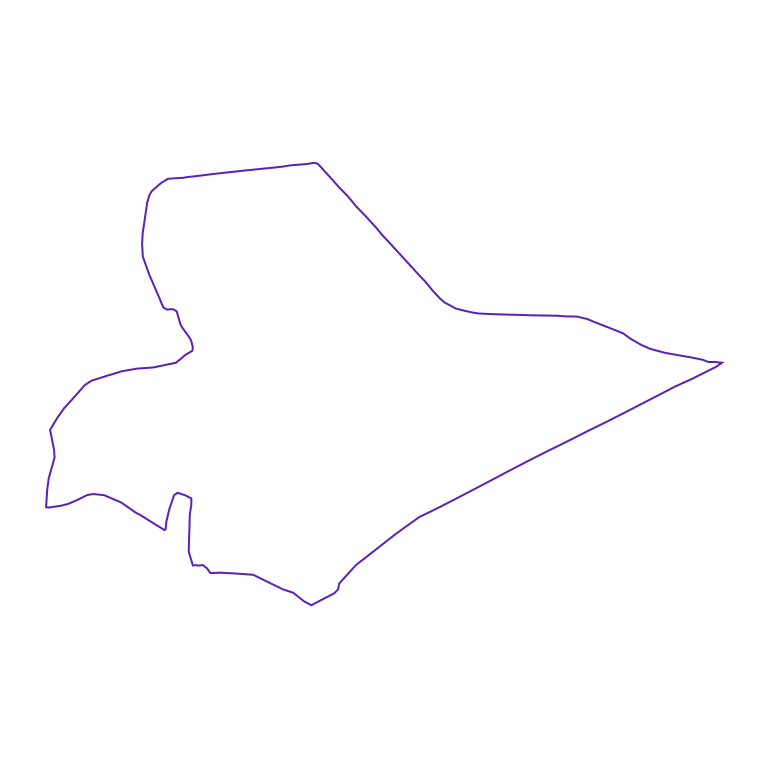 the district of Shahba, As Suwayda', Syria
{"feature_id": "27442178B615257865565", "entity_name": "Shahba", "entity_type": "district", "adm_level": 2, "iso_a3": "SYR", "parent_name": "Syria", "parent_adm1": "As Suwayda'", "projection": "equal_earth", "projection_center": [36.676, 32.985], "detail": "fine", "context": "isolated", "style": "outline", "palette": "violet", "viewbox_px": 768, "rotation_deg": 0, "n_neighbors": 0, "source": "geoboundaries", "source_scale": "gbopen_adm2", "svg_char_len": 2557}
<svg xmlns="http://www.w3.org/2000/svg" viewBox="0 0 768 768"><path d="M206.6,174.8L201.5,175.5L187.2,177.1L182.5,177.9L181.7,177.9L180.7,177.9L167.9,178.8L160.8,183.2L151.8,191.1L149.4,195.1L147.2,202.7L142.7,233.3L142.1,244.0L142.8,256.0L142.9,256.8L146.2,266.1L149.5,275.3L149.9,276.2L151.5,279.8L158.3,295.5L163.2,307.2L163.6,307.7L167.2,309.6L170.7,309.2L173.6,309.4L176.7,311.4L179.7,321.7L180.3,323.9L182.1,327.4L189.1,337.0L191.0,340.3L191.9,343.4L192.8,347.6L192.6,349.2L192.4,350.7L188.6,353.0L184.9,355.2L181.1,358.6L176.0,362.7L155.0,367.1L154.4,367.2L154.2,367.3L153.9,367.4L153.6,367.4L150.2,367.7L137.0,368.6L121.7,371.3L109.8,375.0L108.9,375.2L107.2,375.7L105.9,376.1L104.3,376.7L104.2,376.7L103.9,376.8L91.7,380.6L85.0,384.9L81.6,388.7L72.0,399.6L64.3,408.0L57.6,417.4L50.1,429.8L54.0,449.6L54.6,457.5L48.7,478.4L47.2,489.7L46.1,507.2L49.3,507.5L61.1,505.7L68.5,503.8L78.5,499.4L87.0,495.1L93.3,494.0L104.2,495.2L121.2,502.5L135.9,512.7L140.4,515.1L143.8,517.2L147.2,519.3L150.5,521.4L156.0,524.8L161.0,527.9L164.4,530.0L165.6,529.4L166.4,521.2L167.1,518.6L167.7,516.1L168.6,512.2L169.6,508.3L174.1,495.1L174.6,494.8L177.6,492.8L185.0,495.2L191.3,498.4L191.3,504.8L189.8,514.6L189.6,520.5L189.5,526.3L189.3,532.1L189.2,534.0L189.0,541.5L188.9,546.5L188.7,551.6L192.9,565.5L194.2,565.3L195.6,565.1L198.2,565.6L202.8,565.1L207.0,568.3L210.4,573.1L218.0,572.8L220.5,572.7L224.1,572.9L227.6,573.1L229.9,573.2L232.3,573.3L237.0,573.6L253.3,574.8L260.7,578.5L283.0,589.4L293.2,592.7L304.0,601.3L311.4,605.2L311.8,605.0L323.4,598.9L334.1,593.4L338.1,589.4L339.2,583.5L356.0,565.0L361.3,560.9L371.2,553.2L394.0,535.3L395.2,534.4L403.8,528.1L419.2,517.1L437.5,508.2L456.2,498.6L491.8,480.0L508.9,470.9L530.3,459.8L549.4,450.2L569.3,440.4L587.8,431.0L605.6,422.3L622.7,413.6L640.0,404.7L659.2,394.8L675.4,386.4L692.2,378.8L716.5,366.6L721.6,362.9L721.9,362.7L715.6,362.1L714.3,362.0L713.2,362.0L708.4,362.0L702.5,359.7L692.6,357.7L665.3,352.9L650.0,348.8L640.5,344.5L630.0,338.4L623.2,333.4L609.2,327.8L593.6,321.7L590.3,320.3L587.0,318.9L576.9,316.6L564.1,316.3L556.9,315.7L542.5,315.5L530.1,315.3L519.9,314.9L510.6,314.7L491.6,314.1L478.6,313.5L472.4,312.5L466.4,311.2L455.8,308.6L450.9,305.8L450.1,305.4L444.6,302.5L440.0,298.5L433.6,291.7L424.9,281.2L420.1,276.3L408.0,263.0L401.1,255.5L392.7,246.3L381.3,234.0L376.9,228.5L366.1,216.7L356.0,206.2L348.3,196.8L339.6,187.9L329.1,176.1L324.7,171.3L318.1,164.0L314.6,162.8L307.0,164.0L290.9,165.3L281.3,166.8L246.8,170.3L221.9,173.0L206.6,174.8Z" fill="none" stroke="#5b21b6" stroke-width="2"/></svg>